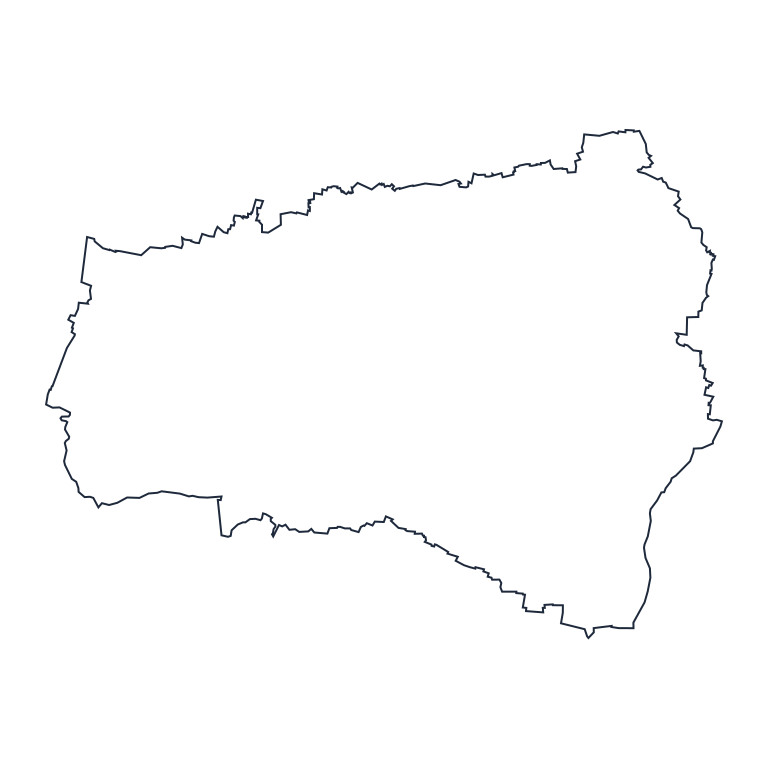 Bang Pla Ma, Suphan Buri, Thailand (Albers equal-area conic projection)
{"feature_id": "78962969B17811208429126", "entity_name": "Bang Pla Ma", "entity_type": "district", "adm_level": 2, "iso_a3": "THA", "parent_name": "Thailand", "parent_adm1": "Suphan Buri", "projection": "albers", "projection_center": [100.134, 14.346], "detail": "fine", "context": "isolated", "style": "outline", "palette": "slate", "viewbox_px": 768, "rotation_deg": 0, "n_neighbors": 0, "source": "geoboundaries", "source_scale": "gbopen_adm2", "svg_char_len": 6072}
<svg xmlns="http://www.w3.org/2000/svg" viewBox="0 0 768 768"><path d="M639.4,130.9L633.8,131.7L633.8,130.4L625.5,130.0L625.4,132.3L618.6,131.4L617.8,133.5L613.0,132.0L599.4,135.8L584.2,134.4L583.3,142.8L581.8,147.3L583.0,151.7L577.1,153.7L580.3,159.5L575.1,161.2L576.2,166.3L575.5,172.1L567.8,172.6L566.9,169.0L562.4,168.9L562.3,168.3L553.7,169.0L550.6,164.5L549.9,160.4L545.0,162.9L540.9,163.0L540.8,164.5L536.7,164.2L536.8,164.9L531.4,165.9L529.7,165.7L529.8,164.1L526.6,164.1L518.9,165.7L518.2,166.7L514.4,167.5L515.2,171.1L513.8,171.3L513.9,172.1L513.1,172.4L513.5,174.6L502.7,177.3L501.5,173.1L494.0,175.3L492.4,173.9L492.4,175.8L489.1,176.6L485.5,176.6L484.9,174.7L478.0,175.0L473.7,173.5L471.5,183.3L468.5,181.8L468.1,186.5L466.1,187.4L459.5,186.8L458.5,184.0L460.9,183.5L459.5,181.7L455.6,180.0L440.6,185.2L425.2,183.5L413.2,186.1L412.9,185.5L409.2,186.2L399.8,188.9L399.6,188.1L396.2,188.8L394.8,190.8L392.2,188.7L394.0,186.3L391.8,184.2L389.9,186.3L387.4,185.8L384.8,186.9L383.7,184.0L382.0,184.9L381.6,183.6L380.2,184.5L379.4,183.6L371.7,189.5L357.6,182.9L352.9,187.6L351.7,187.4L352.9,192.5L351.1,193.3L350.7,192.4L349.4,193.0L348.6,191.8L346.4,194.1L343.4,192.4L343.8,191.9L342.6,191.0L341.5,191.8L340.1,188.0L338.1,188.4L337.0,187.7L337.4,186.6L333.7,186.2L331.4,186.8L331.2,187.5L327.8,187.2L326.6,190.5L322.4,189.3L322.0,194.5L314.1,193.2L313.9,199.2L308.5,200.1L308.8,201.7L310.1,201.5L310.3,203.1L308.4,203.3L308.6,207.3L309.8,207.1L309.9,210.0L309.8,211.0L308.0,210.4L307.1,215.0L296.9,212.4L296.4,213.4L291.0,212.2L280.6,214.2L280.9,224.8L268.2,232.6L262.0,232.1L262.0,224.7L259.3,221.9L259.4,220.7L256.1,220.4L258.2,214.4L257.2,214.3L257.2,207.8L260.4,208.2L263.0,201.0L255.9,199.7L252.1,212.7L251.3,212.5L250.9,214.3L248.0,213.7L248.1,217.0L246.9,217.0L246.8,217.8L244.8,217.4L244.9,216.5L243.3,216.1L242.8,218.2L240.5,216.1L234.7,215.5L233.9,217.5L233.6,220.7L234.8,221.9L233.9,225.6L231.1,225.1L230.1,229.2L228.3,229.2L227.4,233.2L223.7,232.2L217.5,226.8L215.3,231.4L213.9,236.7L209.1,236.2L202.2,233.9L199.0,243.1L195.3,242.7L191.1,241.2L191.3,240.4L184.8,239.6L182.1,237.7L182.8,244.4L181.4,248.1L172.6,245.8L165.2,246.9L165.1,247.8L161.4,248.3L150.2,247.2L141.2,255.2L119.8,251.1L116.4,250.8L116.8,251.3L115.4,252.0L109.7,249.6L109.4,250.1L102.9,248.2L94.7,241.4L94.2,238.9L87.1,237.0L81.4,282.1L91.1,285.8L89.9,290.5L91.0,298.9L88.5,300.3L87.4,302.4L88.0,303.7L78.8,302.7L78.1,308.9L74.9,315.9L70.6,315.2L68.3,319.7L73.8,322.9L71.9,327.7L73.0,328.3L71.6,332.1L74.9,334.2L74.6,335.6L66.9,348.0L52.5,386.2L51.8,386.3L50.7,389.9L49.6,389.6L47.8,394.4L46.1,404.5L52.6,407.7L59.5,407.4L70.0,412.6L69.9,414.9L68.6,416.5L61.9,416.6L60.5,418.2L61.7,420.3L65.9,421.1L67.3,422.1L65.3,427.0L65.0,429.5L69.2,436.7L68.8,438.7L65.8,441.1L64.8,443.0L66.6,450.5L64.1,461.2L65.0,465.0L71.8,478.9L76.2,481.8L78.4,488.1L78.6,491.9L84.6,497.1L90.0,496.8L93.3,497.9L98.4,507.4L101.9,503.2L109.1,505.0L117.3,502.8L127.1,497.5L139.5,497.9L148.6,493.5L157.3,492.8L161.7,491.3L179.9,493.6L188.9,496.4L192.5,495.8L198.7,497.2L207.5,497.6L221.5,496.5L220.7,500.1L217.8,499.9L221.5,535.3L228.0,536.8L230.7,535.9L231.6,530.3L237.8,524.5L243.1,522.3L245.5,522.3L249.9,519.1L255.4,518.8L260.5,520.2L261.9,518.5L263.0,513.4L265.8,514.2L271.9,517.8L270.7,519.0L270.8,521.2L275.3,524.8L275.4,526.6L273.6,529.1L272.9,533.1L272.0,534.3L273.2,536.5L279.0,525.0L282.2,526.4L285.5,524.7L289.4,529.8L295.2,529.2L299.2,531.9L308.3,531.4L311.3,528.9L314.3,532.5L327.4,533.6L329.4,528.2L337.1,527.9L337.6,526.9L340.2,526.9L344.8,528.4L350.1,528.4L351.2,530.0L358.6,532.1L360.8,527.0L363.5,525.5L364.4,525.9L366.8,523.2L372.5,525.5L374.8,521.6L383.8,522.0L385.9,516.4L392.7,519.4L391.0,520.9L398.5,527.9L405.7,529.1L405.5,530.2L407.3,531.1L415.0,531.7L414.7,533.8L422.0,533.6L422.8,535.6L424.0,535.7L424.0,537.1L425.5,537.2L426.0,540.3L424.8,541.9L431.5,544.6L431.6,545.9L434.2,546.5L434.8,544.4L436.4,544.8L448.2,552.0L447.5,553.6L457.8,556.8L455.7,560.8L464.0,565.2L469.9,567.2L475.3,568.6L475.5,567.2L484.0,569.3L483.4,571.4L488.7,573.3L487.7,576.7L491.5,577.7L492.1,579.7L499.4,579.6L501.3,583.0L500.4,587.2L502.1,591.7L516.4,591.7L516.3,593.1L522.8,593.6L522.9,594.5L525.0,594.7L522.8,607.5L526.3,607.9L526.0,611.1L543.2,612.4L542.8,607.9L544.8,607.9L544.5,604.9L552.8,604.4L552.9,605.2L562.9,605.3L562.8,612.8L561.0,623.3L584.7,629.2L587.1,636.3L588.4,638.0L593.8,632.3L593.7,628.1L611.6,625.9L611.4,627.0L618.6,628.1L633.5,628.2L633.4,622.6L644.6,602.3L647.7,591.5L650.4,577.7L649.9,568.3L645.5,557.9L644.0,547.8L644.5,544.6L647.8,536.4L650.8,520.9L649.9,513.3L650.6,509.2L657.1,500.5L661.4,492.4L664.2,492.2L665.7,488.2L670.6,481.8L671.7,478.3L675.9,475.6L690.1,461.2L693.3,452.4L693.8,448.6L701.9,448.2L712.9,443.4L712.9,441.2L720.4,426.5L721.9,421.3L716.7,419.8L713.0,420.4L708.0,418.7L707.9,414.1L709.8,414.3L710.8,405.3L708.5,405.2L708.7,402.9L709.5,403.2L710.4,402.1L713.3,396.7L704.5,394.8L706.1,387.3L708.3,388.0L709.3,385.0L711.0,385.7L712.7,383.0L706.0,380.4L705.9,378.7L704.1,378.1L705.4,369.1L703.7,369.1L703.7,367.8L702.7,367.7L702.8,365.4L699.9,365.8L700.7,361.3L700.2,353.2L701.2,353.3L701.2,351.3L693.3,350.4L687.6,345.4L684.5,344.5L684.0,346.1L679.7,344.8L676.9,342.5L676.7,339.9L678.7,336.4L676.2,333.3L686.7,334.8L687.1,317.3L698.3,317.0L698.4,311.6L701.7,310.4L702.5,302.9L706.0,297.8L708.2,296.1L706.9,295.0L706.3,292.5L707.0,285.1L711.5,273.9L710.1,273.6L710.5,270.3L711.5,270.5L711.8,268.8L711.4,262.9L712.9,259.5L713.9,259.8L715.2,256.2L713.0,255.8L713.5,254.3L711.1,253.6L710.9,254.6L710.3,254.4L710.8,252.7L709.7,252.5L709.9,250.9L707.2,252.3L706.1,250.4L706.7,247.2L703.3,244.9L701.4,242.5L702.3,232.4L701.2,229.2L699.8,228.3L692.9,228.1L691.2,227.3L688.1,219.0L680.0,213.5L677.7,210.7L679.1,208.1L674.4,205.0L680.4,199.5L678.0,196.2L678.7,191.6L668.4,188.1L665.8,182.6L663.2,181.7L661.7,178.0L657.7,179.5L645.1,173.4L638.7,171.9L637.6,170.4L638.4,169.6L641.0,169.4L643.1,166.7L645.9,167.5L650.4,166.8L650.3,164.8L652.8,163.1L648.6,157.8L651.0,155.9L648.8,154.9L646.7,152.4L645.8,144.0L639.4,130.9Z" fill="none" stroke="#1e293b" stroke-width="2"/></svg>